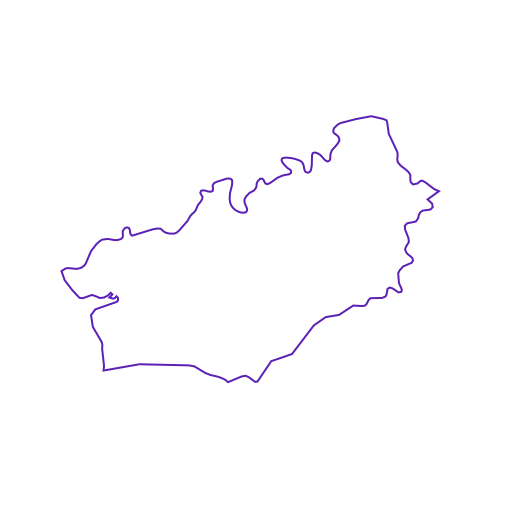 an SVG outline of Somme, rotated 314°
{"feature_id": "FRA-5345", "entity_name": "Somme", "entity_type": "Metropolitan department", "adm_level": 1, "iso_a3": "FRA", "parent_name": "France", "parent_adm1": "", "projection": "albers", "projection_center": [2.405, 49.975], "detail": "fine", "context": "isolated", "style": "outline", "palette": "violet", "viewbox_px": 512, "rotation_deg": 314, "n_neighbors": 0, "source": "natural_earth", "source_scale": "10m", "svg_char_len": 3313}
<svg xmlns="http://www.w3.org/2000/svg" viewBox="0 0 512 512"><g transform="rotate(314 256 256)"><path d="M67.7,225.9L71.5,222.9L82.6,209.5L85.1,207.5L86.9,204.8L91.7,187.8L98.9,178.4L106.0,177.5L126.3,187.7L128.3,187.6L130.0,185.8L130.1,183.6L127.9,183.8L126.5,183.2L125.5,181.8L124.3,179.4L128.6,179.4L128.6,177.0L124.6,176.9L120.5,175.5L117.3,172.9L116.0,169.3L114.1,165.1L105.3,160.7L103.3,158.1L103.8,147.7L105.7,135.2L110.0,126.6L114.7,127.7L116.5,128.9L122.0,135.8L123.9,137.2L126.6,138.6L129.6,139.1L132.2,138.8L144.8,134.0L153.2,133.0L157.5,133.2L160.8,133.9L164.6,136.9L166.2,138.7L169.0,143.0L171.0,145.1L174.5,147.1L176.9,147.1L178.6,145.8L180.0,144.1L181.7,142.7L185.2,142.3L187.2,143.6L187.9,145.3L187.0,147.3L185.4,149.1L184.4,151.0L184.6,152.8L203.5,163.2L207.2,165.9L209.3,168.4L209.5,170.5L209.5,172.7L210.3,175.4L211.9,178.0L215.1,181.5L217.7,182.7L220.8,183.0L233.5,182.4L238.8,181.0L241.4,180.8L244.7,181.1L247.1,180.8L252.4,178.8L257.0,178.4L259.7,177.7L261.4,176.4L262.1,173.7L262.6,172.2L264.6,171.2L266.2,172.0L267.7,173.9L268.9,176.3L270.7,178.8L272.7,179.6L274.2,178.7L276.6,175.8L279.2,175.2L282.1,176.2L291.6,181.4L293.8,183.8L294.0,186.0L292.4,187.8L290.0,189.7L283.2,193.6L278.8,197.3L276.2,200.7L275.3,202.8L274.8,204.8L274.6,207.0L274.7,209.0L275.2,211.0L275.9,213.2L277.1,215.4L279.2,217.7L281.2,218.4L283.0,217.7L284.2,216.0L285.8,212.1L286.8,210.2L288.8,208.4L292.0,207.5L296.8,207.5L301.5,209.0L304.5,208.8L306.7,207.8L308.5,206.2L311.0,205.3L314.5,205.3L316.0,206.9L316.0,208.6L315.2,210.6L314.7,212.5L315.7,214.4L318.2,215.4L327.2,217.1L331.6,218.9L334.7,220.7L337.2,222.7L338.6,223.3L340.2,223.4L341.4,222.4L341.8,221.3L341.7,219.9L341.2,218.0L341.2,213.9L341.4,211.8L341.8,209.7L342.6,207.9L344.1,207.0L346.0,207.9L347.8,209.4L350.9,213.3L353.0,216.7L355.0,221.1L355.4,223.2L355.2,225.2L354.4,227.1L351.6,231.0L350.9,233.1L351.9,235.5L353.7,236.2L355.8,236.0L360.0,233.1L367.4,226.3L369.4,225.4L371.0,226.1L372.1,227.7L372.9,229.8L373.3,231.9L373.3,234.2L373.0,236.7L372.9,239.1L373.6,241.7L375.2,242.5L376.9,242.3L381.1,238.7L384.7,237.2L392.8,236.8L396.8,235.9L398.1,234.5L398.9,232.8L399.1,231.0L398.6,226.3L399.6,224.7L401.9,223.4L406.4,223.4L408.8,223.9L410.6,224.6L422.3,231.8L423.5,232.5L436.6,241.8L442.9,252.2L444.3,255.6L443.2,257.6L436.1,266.7L428.9,285.6L426.5,288.3L424.0,290.1L422.0,292.7L421.5,297.4L422.3,304.4L422.3,307.7L421.5,310.7L418.0,314.1L416.6,316.2L416.6,319.3L420.4,321.8L424.5,322.2L425.7,323.3L426.7,327.1L427.9,337.8L429.7,342.6L415.9,340.1L416.0,346.3L413.9,349.2L410.6,349.2L404.3,344.3L401.4,343.8L398.6,344.7L395.6,346.5L391.7,347.0L384.5,342.0L381.0,342.1L378.6,344.9L374.8,353.2L372.3,356.2L366.7,357.5L364.2,358.7L362.8,362.1L362.8,364.7L363.1,367.5L363.1,370.0L361.9,372.0L359.3,372.7L350.7,369.1L345.3,369.3L342.3,370.3L336.2,377.2L335.0,379.5L334.1,382.2L332.9,384.5L331.1,385.4L328.8,383.8L327.6,376.8L326.2,374.1L323.7,373.5L319.1,376.6L316.8,377.3L313.5,375.9L305.3,367.8L302.9,367.5L298.3,368.9L296.0,368.8L293.9,367.3L287.9,360.4L271.2,356.6L260.5,348.6L246.4,345.8L210.5,350.0L190.9,340.0L166.7,344.3L164.8,342.7L163.8,335.0L162.7,331.8L159.5,329.4L145.8,323.5L145.6,319.9L144.9,317.6L143.0,313.0L138.8,305.9L136.7,301.0L133.8,288.4L130.8,283.8L97.1,247.3L67.7,225.9Z" fill="none" stroke="#5b21b6" stroke-width="2"/></g></svg>